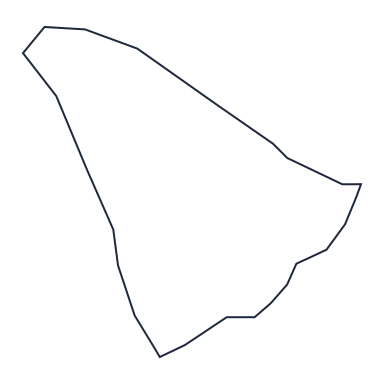 outline of Höganäs, Skåne, Sweden
{"feature_id": "70781695B23199884308581", "entity_name": "Höganäs", "entity_type": "district", "adm_level": 2, "iso_a3": "SWE", "parent_name": "Sweden", "parent_adm1": "Skåne", "projection": "albers", "projection_center": [12.637, 56.23], "detail": "fine", "context": "isolated", "style": "outline", "palette": "slate", "viewbox_px": 384, "rotation_deg": 0, "n_neighbors": 0, "source": "geoboundaries", "source_scale": "gbopen_adm2", "svg_char_len": 429}
<svg xmlns="http://www.w3.org/2000/svg" viewBox="0 0 384 384"><path d="M361.0,184.2L342.3,184.3L287.4,158.1L273.1,143.8L218.2,105.7L137.3,48.6L85.0,29.4L44.5,27.0L23.0,53.1L56.3,96.1L87.1,170.0L113.3,229.6L118.0,265.4L134.7,315.6L153.7,346.7L159.8,357.0L184.8,345.1L226.7,317.2L254.6,317.2L270.8,303.2L287.1,284.6L296.4,263.7L326.5,249.7L345.1,224.2L356.6,196.3L361.0,184.2Z" fill="none" stroke="#1e293b" stroke-width="2"/></svg>